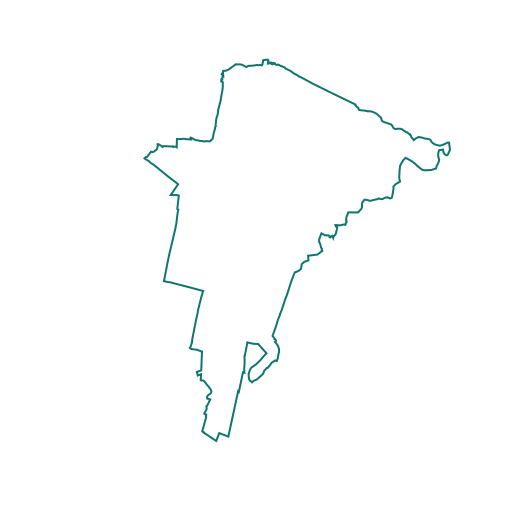 Sagna, Neamt, Romania, rotated 292°
{"feature_id": "2599482B81095036257311", "entity_name": "Sagna", "entity_type": "district", "adm_level": 2, "iso_a3": "ROU", "parent_name": "Romania", "parent_adm1": "Neamt", "projection": "equal_earth", "projection_center": [27.059, 46.971], "detail": "fine", "context": "isolated", "style": "outline", "palette": "teal", "viewbox_px": 512, "rotation_deg": 292, "n_neighbors": 0, "source": "geoboundaries", "source_scale": "gbopen_adm2", "svg_char_len": 6088}
<svg xmlns="http://www.w3.org/2000/svg" viewBox="0 0 512 512"><g transform="rotate(292 256 256)"><path d="M433.5,392.5L433.1,391.4L432.7,390.9L430.8,389.3L428.1,386.5L427.1,385.0L426.6,382.1L426.5,379.6L426.6,379.0L427.0,377.3L427.6,376.0L429.0,374.2L429.2,372.6L428.8,371.2L428.3,369.0L428.1,367.6L428.0,365.6L427.5,364.2L427.5,362.5L425.3,360.4L422.5,358.9L423.5,357.4L423.8,356.4L424.2,355.7L425.7,354.5L426.0,353.4L426.5,353.2L426.4,352.6L426.5,351.9L426.7,351.5L427.3,349.7L427.1,348.6L427.3,347.9L427.8,345.4L428.2,344.2L428.0,342.0L427.0,339.4L426.0,338.0L425.9,337.5L425.9,336.7L426.2,335.6L427.2,334.1L427.8,333.6L428.3,332.7L428.5,332.4L428.6,332.1L428.2,325.5L428.2,323.4L428.4,322.2L431.1,320.0L431.9,317.9L432.2,316.7L433.1,314.7L433.1,313.5L433.3,312.5L433.3,309.0L432.3,305.8L432.0,305.6L431.9,304.2L431.7,303.7L431.5,302.1L431.1,301.2L430.9,300.2L430.6,299.3L430.2,297.7L430.1,297.0L430.3,296.4L431.8,295.2L432.0,293.6L432.4,293.0L432.9,291.9L433.1,291.6L433.7,291.5L435.7,261.6L437.1,243.3L438.6,230.6L438.5,228.7L438.9,227.5L439.7,221.5L440.3,219.7L440.5,218.7L440.9,213.1L441.0,212.8L441.5,212.1L441.7,211.7L441.5,210.5L441.7,208.7L441.4,208.0L441.8,205.3L441.6,204.4L440.9,203.6L440.9,201.9L441.6,201.3L441.5,201.1L441.5,200.8L441.7,200.3L441.6,200.0L440.4,199.9L440.0,199.7L439.8,199.0L439.8,198.7L440.0,198.2L440.9,198.2L441.0,197.8L440.9,197.3L440.7,197.2L440.8,197.1L440.7,196.7L440.4,196.3L439.0,195.6L438.8,195.0L440.0,194.5L441.1,194.5L442.2,194.1L442.4,193.7L442.3,193.0L440.9,190.5L440.7,189.8L440.2,189.3L438.1,189.9L437.3,189.8L436.0,190.3L434.9,190.0L434.9,189.4L434.6,188.2L433.8,186.9L433.5,185.3L432.6,184.0L430.8,180.8L429.4,177.6L427.7,176.4L427.6,175.9L428.1,171.5L428.0,170.6L427.2,168.1L426.3,166.3L426.2,165.4L424.3,164.3L420.4,161.8L419.3,161.2L418.4,160.5L417.2,159.4L416.3,158.3L415.3,156.2L413.0,157.0L412.6,156.2L411.7,156.1L411.6,156.8L411.6,157.7L411.4,157.9L411.1,157.6L410.5,157.7L410.4,158.1L410.1,158.3L410.1,158.1L409.9,157.7L407.4,158.4L406.9,158.7L406.7,158.6L406.7,157.8L404.8,158.4L404.8,159.5L404.7,160.1L400.2,161.9L396.8,162.9L394.7,163.2L392.7,163.7L391.7,163.8L386.8,165.0L376.6,166.3L375.5,166.8L373.0,167.4L371.3,167.6L370.6,167.4L369.6,167.7L368.1,167.8L362.3,169.5L361.3,170.1L359.9,169.9L358.5,170.3L354.1,170.8L348.3,171.9L346.6,171.0L345.5,170.8L344.6,169.3L344.5,168.7L343.9,167.1L342.6,164.5L342.6,164.1L342.4,162.9L341.7,160.8L341.4,158.3L341.0,157.6L340.9,157.0L340.8,156.1L341.2,154.4L341.3,151.0L340.9,150.9L339.7,152.1L338.7,149.1L338.3,148.1L337.9,145.8L337.0,143.7L336.2,142.7L336.1,142.2L334.8,138.9L327.2,141.7L327.4,141.1L327.4,140.6L326.9,139.9L326.6,138.9L326.1,138.4L326.3,138.2L326.5,138.1L325.6,135.9L323.3,129.2L322.9,128.6L322.1,128.6L323.0,125.0L323.1,123.2L322.8,122.8L321.6,123.7L317.6,124.1L317.1,123.9L316.2,123.1L314.4,122.2L314.1,121.9L314.0,121.5L313.4,120.9L313.3,120.4L313.4,119.6L307.2,118.0L306.6,116.9L305.0,116.0L304.7,116.0L303.7,121.5L302.8,123.6L302.3,126.8L297.0,144.0L293.6,156.2L293.3,156.9L280.6,154.1L283.0,160.3L283.1,161.8L270.1,165.4L269.9,166.6L269.3,166.6L264.6,167.7L256.1,170.0L251.6,170.9L223.5,175.2L213.4,177.1L212.0,177.4L198.2,180.1L198.9,184.2L199.5,186.1L199.5,186.9L202.5,209.6L203.6,218.9L203.8,220.1L198.0,220.6L192.1,221.4L183.1,222.7L181.5,223.2L174.7,224.3L159.7,227.2L154.9,228.1L154.2,228.4L151.5,228.9L151.6,229.0L148.6,229.3L145.8,229.2L145.5,230.9L147.0,236.5L147.0,240.8L147.2,241.7L129.4,248.1L126.4,244.6L123.4,246.8L125.8,249.3L120.1,251.3L120.1,251.9L120.4,252.5L120.7,253.6L120.4,255.1L119.3,257.1L118.4,258.4L117.1,261.1L115.6,263.4L114.2,265.1L113.6,265.4L111.9,265.5L111.2,265.3L109.1,263.8L107.9,263.4L107.0,263.4L106.3,263.7L105.5,264.3L105.9,266.4L105.6,266.6L105.7,267.3L99.0,266.8L97.9,266.3L96.2,267.4L94.8,267.6L93.2,267.5L91.6,267.0L90.7,267.0L90.3,267.2L90.4,269.2L90.3,269.3L88.6,269.6L88.0,270.2L73.4,271.8L73.0,273.5L72.7,273.4L69.6,288.4L78.0,288.3L78.2,298.0L123.9,290.1L123.5,291.0L143.3,287.5L143.4,289.0L146.9,287.3L152.6,285.5L159.0,282.8L159.1,283.0L172.7,280.4L173.5,285.9L175.2,291.0L169.7,302.2L166.1,300.7L161.7,299.3L155.6,296.7L150.4,293.3L147.3,293.1L144.1,293.3L141.6,294.4L138.9,296.0L138.1,297.6L137.4,299.6L139.2,300.4L141.6,302.9L146.6,305.4L149.6,306.8L152.5,306.6L156.1,307.9L157.0,309.0L163.1,310.6L166.4,313.0L166.4,314.6L169.8,314.5L172.1,313.8L175.6,313.3L177.0,312.8L178.6,312.0L180.5,310.4L181.4,309.3L181.9,308.6L183.5,305.8L184.9,306.4L185.2,306.2L185.7,305.4L185.9,304.5L186.2,304.6L188.1,301.3L198.2,300.9L204.1,300.3L207.5,300.2L208.5,300.3L210.6,300.2L210.8,300.0L211.0,300.0L215.2,300.1L227.0,299.3L231.0,299.3L244.4,298.3L250.5,298.1L255.4,298.1L256.5,299.5L258.9,301.6L261.0,302.5L265.7,301.5L268.8,303.1L271.6,306.3L275.8,304.2L280.3,312.4L285.5,315.5L286.0,314.7L287.4,314.5L288.1,313.2L290.0,312.0L292.0,310.2L292.6,309.3L295.4,308.3L299.4,308.2L301.5,308.2L301.1,312.2L301.4,313.0L302.1,315.4L302.3,315.6L302.3,315.8L302.0,316.8L301.1,317.1L301.1,318.0L302.7,318.6L303.3,319.2L301.7,320.8L303.2,320.6L303.8,320.8L305.1,321.4L306.8,321.7L312.7,320.7L313.2,320.3L313.1,319.9L313.2,319.1L314.5,318.1L315.6,321.6L316.1,322.8L318.0,325.4L318.2,325.8L318.3,327.2L318.8,327.3L320.1,326.9L321.3,327.4L322.4,326.9L322.5,326.4L322.7,326.1L323.1,325.9L323.7,325.9L326.1,325.3L328.1,325.3L328.7,325.4L331.0,325.2L334.4,333.8L334.8,334.4L335.8,334.7L338.8,335.9L340.6,336.1L343.3,335.0L344.8,334.6L346.8,334.9L348.9,335.5L349.6,338.4L349.9,341.1L350.4,341.9L352.5,344.7L353.8,346.6L353.9,347.0L355.4,348.4L355.5,350.1L355.9,351.5L356.9,352.6L358.5,353.8L359.2,355.5L359.7,355.8L359.6,358.8L360.8,360.1L362.6,359.9L365.9,359.2L370.5,358.1L371.8,357.4L375.0,358.6L378.9,361.7L382.1,359.5L389.1,357.1L393.7,355.8L399.5,356.5L403.1,357.9L402.3,364.6L401.4,368.2L399.8,372.2L398.2,377.9L398.7,380.4L401.3,386.2L404.6,390.1L407.1,389.8L409.5,390.1L412.2,390.1L413.8,389.8L416.2,387.9L418.7,386.7L421.4,386.2L422.6,386.1L424.7,389.5L422.7,390.7L421.1,392.5L420.8,394.5L421.0,395.4L421.8,395.8L423.1,396.0L427.4,396.0L431.5,393.6L433.1,392.8L433.5,392.5Z" fill="none" stroke="#0f766e" stroke-width="2"/></g></svg>